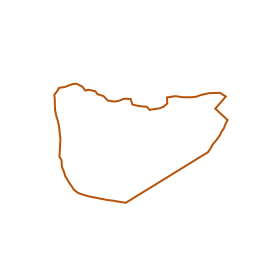 the district of São Manoel do Paraná, Paraná, Brazil, rotated 215°
{"feature_id": "56859067B62132612460013", "entity_name": "São Manoel do Paraná", "entity_type": "district", "adm_level": 2, "iso_a3": "BRA", "parent_name": "Brazil", "parent_adm1": "Paraná", "projection": "orthographic", "projection_center": [-52.603, -23.378], "detail": "fine", "context": "isolated", "style": "outline", "palette": "amber", "viewbox_px": 256, "rotation_deg": 215, "n_neighbors": 0, "source": "geoboundaries", "source_scale": "gbopen_adm2", "svg_char_len": 966}
<svg xmlns="http://www.w3.org/2000/svg" viewBox="0 0 256 256"><g transform="rotate(215 128 128)"><path d="M113.6,175.4L109.9,170.6L111.3,165.4L113.8,161.8L117.2,158.7L120.7,155.2L124.7,156.2L129.3,153.5L133.5,151.4L137.9,149.8L142.5,153.3L147.8,149.9L151.2,144.9L154.3,141.8L160.4,138.9L166.5,140.1L172.4,138.2L175.8,139.4L182.1,136.8L184.6,134.1L189.0,135.7L195.7,134.7L199.1,131.6L203.2,125.4L207.4,121.5L207.2,117.0L207.4,112.9L204.7,109.8L201.7,105.7L198.4,101.3L194.3,97.3L190.3,94.2L185.8,90.2L180.7,84.3L177.3,80.6L167.7,65.2L164.2,63.6L159.7,58.2L154.9,55.1L152.0,52.7L145.1,49.6L137.2,46.5L131.8,46.1L128.3,47.1L121.1,49.4L103.8,57.1L97.8,60.3L94.2,61.9L86.9,65.5L62.5,121.9L51.9,146.6L48.6,154.0L48.6,158.5L49.2,162.7L48.6,169.4L48.6,174.6L49.3,178.6L49.2,182.5L50.5,187.6L50.9,191.6L67.6,193.9L65.9,209.9L72.9,209.5L81.6,203.0L87.5,196.5L90.0,192.8L94.2,189.2L100.8,184.6L107.4,181.3L113.6,175.4Z" fill="none" stroke="#b45309" stroke-width="2"/></g></svg>